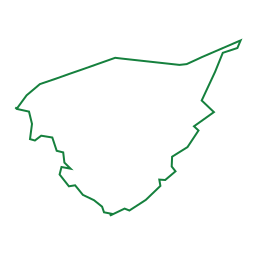 outline of Bullitt, Kentucky, United States of America
{"feature_id": "52423323B29669005375305", "entity_name": "Bullitt", "entity_type": "district", "adm_level": 2, "iso_a3": "USA", "parent_name": "United States of America", "parent_adm1": "Kentucky", "projection": "mercator", "projection_center": [-85.706, 37.962], "detail": "fine", "context": "isolated", "style": "outline", "palette": "green", "viewbox_px": 256, "rotation_deg": 0, "n_neighbors": 0, "source": "geoboundaries", "source_scale": "gbopen_adm2", "svg_char_len": 734}
<svg xmlns="http://www.w3.org/2000/svg" viewBox="0 0 256 256"><path d="M240.6,40.4L202.1,57.0L196.1,59.8L186.7,64.1L179.5,64.9L157.5,62.5L121.0,58.5L115.2,57.8L80.9,69.9L69.0,74.0L57.8,78.0L39.9,84.1L26.6,95.3L17.0,108.4L15.4,107.5L16.7,108.9L29.0,111.6L32.0,123.9L30.0,139.1L34.9,140.5L41.2,135.7L52.3,137.5L56.7,150.8L63.2,152.4L64.4,162.6L70.6,168.7L61.5,167.0L59.6,174.5L68.9,186.3L75.1,185.3L82.9,194.9L94.0,200.2L102.1,206.7L104.0,212.3L111.7,213.8L110.0,215.6L124.6,208.6L129.4,210.5L145.8,199.9L160.4,185.9L159.3,179.6L165.2,180.0L175.5,171.3L171.7,166.5L172.1,156.7L187.5,147.1L198.5,130.5L194.0,126.3L213.9,112.1L201.7,100.5L215.1,71.8L222.8,52.8L237.4,48.0L240.6,40.4Z" fill="none" stroke="#15803d" stroke-width="2"/></svg>